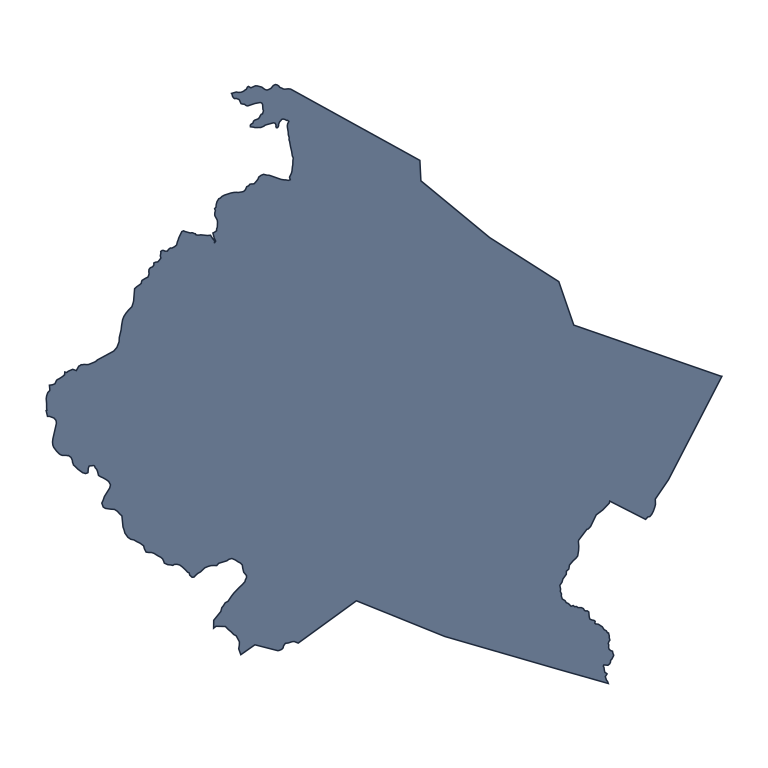 San Francisco Sola, Oaxaca, Mexico (Robinson projection)
{"feature_id": "50627088B91493319317799", "entity_name": "San Francisco Sola", "entity_type": "district", "adm_level": 2, "iso_a3": "MEX", "parent_name": "Mexico", "parent_adm1": "Oaxaca", "projection": "robinson", "projection_center": [-96.931, 16.519], "detail": "fine", "context": "isolated", "style": "filled", "palette": "slate", "viewbox_px": 768, "rotation_deg": 0, "n_neighbors": 0, "source": "geoboundaries", "source_scale": "gbopen_adm2", "svg_char_len": 5998}
<svg xmlns="http://www.w3.org/2000/svg" viewBox="0 0 768 768"><path d="M420.9,180.8L419.9,160.4L290.7,89.1L288.3,88.8L284.6,89.2L283.1,88.9L282.2,88.3L279.7,87.3L278.8,86.0L277.1,84.9L275.4,84.5L273.3,85.5L271.0,88.3L269.1,89.3L267.0,90.1L264.8,89.4L261.8,87.1L257.3,85.9L255.4,85.8L250.9,87.8L248.4,86.4L247.4,87.1L246.3,89.3L244.9,90.1L243.6,91.2L241.0,92.3L238.2,92.4L236.3,92.0L231.5,93.4L232.0,94.2L232.6,96.6L233.9,98.2L234.8,98.7L236.1,98.4L238.8,99.4L239.4,100.0L241.0,103.6L242.2,104.0L244.6,104.3L245.5,105.1L246.5,105.7L247.8,105.9L254.9,103.5L260.2,102.5L261.7,103.0L262.6,104.5L262.9,109.3L263.5,110.7L262.5,113.9L261.3,114.2L260.3,115.6L259.7,117.0L259.0,118.0L258.0,118.9L254.6,120.2L253.5,121.2L252.9,123.1L251.1,124.2L250.3,125.2L250.4,126.8L253.7,127.2L254.9,127.6L260.8,127.5L263.9,126.2L265.1,125.2L266.6,124.7L273.5,122.8L275.0,123.2L275.7,124.3L276.0,125.3L275.9,126.7L276.4,127.7L277.4,127.7L278.2,126.8L278.6,125.7L278.6,124.3L279.6,121.8L281.0,120.4L281.5,119.5L283.0,119.0L285.1,119.5L286.5,120.4L287.6,120.3L288.8,121.4L287.6,123.9L287.3,125.7L287.4,127.4L288.2,132.0L288.3,134.8L289.2,137.6L289.0,139.8L289.6,141.4L290.5,146.6L291.7,151.7L292.3,155.9L293.3,158.0L292.9,160.5L292.8,164.8L292.4,166.7L292.0,170.9L291.6,172.6L291.2,173.7L289.5,177.2L290.3,179.7L288.4,180.4L285.8,179.9L284.4,179.9L281.1,179.4L270.3,175.6L268.9,175.2L267.1,175.2L263.6,174.3L261.1,175.3L258.7,177.1L258.1,178.9L256.8,180.7L254.2,183.7L252.7,184.0L251.9,183.9L249.9,184.2L248.6,185.8L246.7,186.7L245.4,189.7L243.7,191.4L241.9,191.9L238.1,192.5L236.8,192.3L234.0,192.4L230.9,193.0L224.4,195.1L222.0,196.4L220.3,198.1L218.8,198.7L217.0,201.6L216.2,204.5L216.0,207.1L214.6,208.7L215.4,210.6L214.8,212.8L214.7,215.0L215.0,216.0L217.2,220.0L217.5,222.1L217.3,227.2L216.6,228.9L216.6,230.7L214.4,232.3L212.9,233.0L214.2,238.0L215.7,241.1L214.3,243.2L214.7,240.9L213.5,239.6L212.6,238.5L210.5,235.2L207.5,235.5L200.6,234.8L199.1,235.1L197.2,235.1L195.8,234.7L195.4,233.7L194.3,233.6L192.7,232.8L191.7,232.7L190.3,233.0L185.0,231.5L183.6,230.8L181.8,231.6L179.7,235.9L178.6,238.3L178.2,239.9L177.4,241.7L176.6,245.0L174.7,246.6L171.9,248.1L170.3,248.0L168.5,249.4L167.4,251.1L165.1,251.2L163.5,250.4L162.2,250.4L160.7,251.5L160.9,252.8L160.3,255.9L160.9,258.0L159.4,260.1L157.8,261.9L155.4,262.2L153.8,263.0L153.9,265.0L152.6,266.8L150.4,267.7L149.0,269.4L148.8,271.9L149.1,273.5L148.7,275.2L147.9,277.1L145.6,278.2L142.0,280.4L141.4,282.1L141.3,283.3L140.1,284.4L136.9,286.6L134.6,288.7L133.6,301.0L133.1,303.0L131.9,306.7L128.6,310.0L126.1,313.0L123.9,316.4L122.6,319.7L121.6,325.4L121.1,329.9L119.3,337.4L119.1,341.7L116.9,347.4L113.7,351.1L97.2,360.0L96.7,360.7L94.7,362.0L88.5,364.5L86.8,364.6L84.0,364.4L82.6,364.7L81.1,364.7L80.0,365.6L78.8,366.1L76.3,370.6L72.7,369.3L68.3,371.2L66.7,372.5L64.8,372.0L64.6,374.7L64.3,374.8L64.1,375.3L61.7,377.1L59.0,378.8L57.3,379.6L56.5,380.4L54.9,383.8L52.3,384.8L49.4,385.2L49.8,389.6L49.7,390.6L48.3,392.0L47.8,392.6L47.3,393.9L46.6,395.9L46.2,398.7L46.6,403.7L46.6,408.3L46.9,410.3L46.1,410.5L47.5,416.4L49.6,416.4L53.9,418.0L55.8,420.1L56.2,421.3L56.4,423.4L52.9,438.7L52.5,442.0L52.8,445.0L53.7,447.3L54.8,448.8L56.7,451.3L59.2,453.8L60.5,454.7L62.3,455.4L66.3,455.4L67.8,455.7L68.4,455.5L71.0,457.4L72.3,460.2L72.6,462.6L73.2,463.8L73.4,464.9L75.2,466.5L78.1,469.4L82.8,472.8L84.2,473.1L85.4,473.6L87.3,473.0L88.0,472.6L88.3,468.3L89.1,466.1L90.6,465.8L91.8,465.8L93.2,465.5L94.1,465.7L94.7,466.3L95.1,467.6L96.7,469.4L97.6,471.7L98.5,475.4L100.5,476.7L103.0,477.8L106.3,479.7L108.7,481.5L110.5,484.8L109.7,488.0L104.4,496.5L103.1,500.3L101.8,503.1L103.2,507.0L105.4,508.4L111.0,509.2L114.5,509.4L117.4,511.3L119.6,513.8L121.9,515.9L123.0,527.0L124.1,530.0L124.9,533.1L127.9,537.3L130.8,539.3L133.9,539.9L136.9,541.7L139.9,543.1L143.6,545.8L144.4,548.8L146.1,552.1L148.7,552.5L151.5,552.5L153.9,553.3L157.9,555.8L160.8,557.3L162.6,558.9L163.7,561.2L164.3,563.1L167.8,564.7L170.6,564.9L172.8,565.4L174.3,564.4L177.0,564.3L179.7,565.0L182.4,567.0L185.6,570.0L187.6,572.2L189.2,572.9L189.7,575.1L192.1,577.3L194.0,577.1L195.6,575.4L197.8,573.4L200.5,571.9L204.8,567.8L208.2,566.4L211.0,565.6L213.9,565.5L216.7,565.6L218.7,563.3L226.9,560.8L228.9,559.3L231.9,558.5L235.4,560.0L238.0,561.8L240.4,563.0L242.3,565.0L242.7,568.0L243.7,572.2L246.5,575.6L246.5,577.7L245.3,580.0L245.0,581.6L242.2,584.7L239.2,587.5L233.9,593.0L231.5,596.1L228.0,601.3L225.2,602.8L223.4,605.7L221.8,607.7L220.8,611.5L213.7,620.3L213.6,628.2L216.0,626.3L225.4,626.5L228.3,629.5L231.2,631.9L233.7,634.5L236.2,635.8L239.4,641.8L239.3,645.3L238.7,648.8L240.8,654.7L254.9,644.8L277.9,650.7L279.3,650.4L281.7,649.4L283.1,647.9L283.6,645.8L285.4,643.3L288.2,643.0L292.1,641.7L294.2,641.5L298.2,643.1L356.4,600.8L444.8,636.5L558.9,669.5L608.3,683.5L607.6,681.5L606.5,680.2L605.3,676.6L607.1,673.9L606.3,673.2L604.9,672.4L604.4,670.5L604.0,667.5L603.3,666.1L603.9,664.9L607.9,665.3L609.7,663.8L610.5,662.2L610.6,660.4L611.8,659.2L613.7,655.5L613.5,654.5L613.0,653.6L612.5,651.2L610.7,650.6L609.1,649.2L608.6,647.5L608.8,644.8L608.2,643.6L608.9,641.5L609.9,640.1L609.2,637.5L609.3,636.0L608.5,632.9L607.5,632.8L606.3,630.8L604.1,629.6L602.3,626.8L598.3,624.2L595.5,623.9L594.8,623.1L595.2,621.3L593.9,620.3L592.4,620.1L590.0,619.2L589.6,618.3L589.2,616.6L588.8,612.0L587.4,610.9L585.3,610.9L584.4,610.3L583.4,608.6L581.4,607.6L577.9,607.6L576.6,606.5L574.6,606.7L573.2,605.5L571.1,606.3L569.1,604.2L567.9,603.3L566.3,602.7L565.0,600.6L562.3,599.0L561.3,596.0L561.5,593.9L560.3,591.4L560.6,589.0L559.8,585.4L562.0,582.2L562.9,579.0L566.3,574.3L566.4,571.2L568.8,569.1L569.5,565.0L573.3,560.6L575.9,558.3L577.7,556.0L578.6,550.5L578.8,546.2L578.4,541.5L578.7,540.1L586.9,529.3L588.2,529.0L590.6,526.5L596.2,514.9L602.8,509.9L609.3,503.1L609.7,501.1L645.6,519.4L647.9,516.9L649.8,516.6L651.7,514.4L653.4,511.1L654.8,507.1L655.5,504.4L655.3,499.1L668.5,479.7L721.9,376.3L720.4,376.0L573.8,325.1L558.8,281.6L489.7,237.6L420.9,180.8Z" fill="#64748b" stroke="#1e293b" stroke-width="1.5"/></svg>